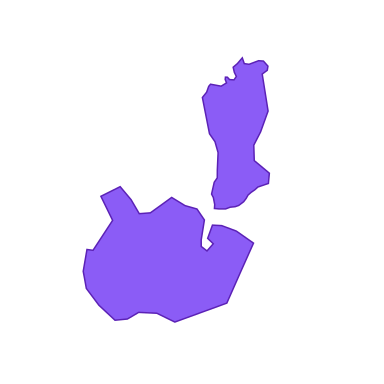 Incheon, Mercator projection, rotated 116°
{"feature_id": "KOR-2495", "entity_name": "Incheon", "entity_type": "Metropolitan City", "adm_level": 1, "iso_a3": "KOR", "parent_name": "South Korea", "parent_adm1": "", "projection": "mercator", "projection_center": [126.55, 37.458], "detail": "fine", "context": "isolated", "style": "filled", "palette": "violet", "viewbox_px": 384, "rotation_deg": 116, "n_neighbors": 0, "source": "natural_earth", "source_scale": "10m", "svg_char_len": 1169}
<svg xmlns="http://www.w3.org/2000/svg" viewBox="0 0 384 384"><g transform="rotate(116 192 192)"><path d="M289.7,261.2L287.8,255.4L252.3,250.9L235.8,272.0L218.7,258.9L225.6,243.4L234.6,229.9L229.0,220.3L216.9,213.8L205.8,207.9L207.3,192.3L205.1,180.1L211.7,168.6L231.1,162.7L236.9,159.8L238.4,152.7L229.2,150.2L226.8,157.6L212.8,159.1L209.2,150.6L207.7,135.0L211.0,114.3L241.9,113.3L276.6,112.0L316.4,150.4L316.4,170.5L323.6,187.2L334.5,194.4L341.0,205.0L334.6,226.0L325.0,244.7L316.1,251.2L311.0,255.0L289.7,261.2ZM183.6,144.1L186.3,146.8L188.9,151.0L192.5,154.4L195.3,160.1L197.0,164.6L193.3,166.1L187.6,170.4L185.3,173.5L173.5,176.3L168.2,175.5L161.1,178.9L145.2,185.8L136.7,193.4L132.0,201.8L102.5,224.1L95.9,222.6L89.7,223.3L87.0,222.6L84.1,212.2L78.8,208.8L76.3,211.5L74.1,212.3L73.3,210.5L74.5,207.5L72.8,203.4L68.7,202.8L65.9,206.4L61.8,209.7L56.7,207.5L49.4,205.6L53.7,201.3L52.2,196.7L44.8,189.7L43.0,185.2L45.6,178.9L49.6,177.7L55.2,180.6L85.9,159.1L107.9,156.7L122.8,157.0L136.5,149.8L141.2,130.7L150.8,127.1L158.7,135.0L162.5,136.5L166.4,138.7L170.2,140.3L174.0,140.5L178.1,141.3L183.6,144.1Z" fill="#8b5cf6" stroke="#5b21b6" stroke-width="1.5"/></g></svg>